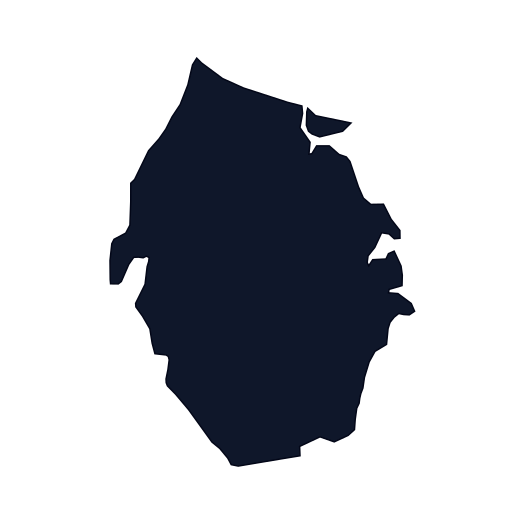 Sierra Leone, Equal Earth projection, rotated 171°
{"feature_id": "SLE", "entity_name": "Sierra Leone", "entity_type": "country or territory", "adm_level": 0, "iso_a3": "SLE", "parent_name": "Africa", "parent_adm1": "", "projection": "equal_earth", "projection_center": [-11.928, 8.452], "detail": "fine", "context": "isolated", "style": "filled", "palette": "ink", "viewbox_px": 512, "rotation_deg": 171, "n_neighbors": 0, "source": "natural_earth", "source_scale": "50m", "svg_char_len": 1666}
<svg xmlns="http://www.w3.org/2000/svg" viewBox="0 0 512 512"><g transform="rotate(171 256 256)"><path d="M404.0,251.3L403.7,255.4L400.9,274.4L396.5,290.7L393.6,294.7L381.1,299.0L375.7,306.2L371.2,329.3L368.3,347.5L363.9,350.6L345.6,376.8L333.5,386.8L325.2,395.4L317.2,406.5L307.2,417.4L296.5,435.7L288.8,454.7L283.6,460.7L279.7,455.3L261.3,436.5L242.1,423.9L200.9,402.9L187.2,397.0L187.7,389.5L192.5,375.9L184.8,359.9L187.8,348.3L184.8,348.3L178.9,355.3L166.4,353.3L158.1,343.3L151.3,339.7L148.4,334.6L144.0,308.3L140.9,296.4L134.6,289.0L122.0,287.2L116.8,271.1L109.9,258.7L111.0,251.0L116.7,251.4L121.2,257.0L128.3,259.3L137.3,245.9L145.3,238.6L147.2,232.2L146.2,228.7L141.3,234.1L128.1,232.7L124.8,237.6L118.8,239.2L114.3,223.4L114.5,214.1L116.4,203.9L129.8,202.2L130.9,198.9L121.7,196.7L110.1,184.8L108.0,176.6L113.8,173.9L119.3,175.1L124.0,176.9L129.2,173.9L134.0,169.5L136.9,163.7L140.9,148.3L153.4,143.2L160.8,133.7L167.9,119.1L171.1,108.8L174.0,103.7L175.8,99.2L177.2,94.4L180.3,89.9L183.6,79.0L185.9,69.1L193.1,64.4L207.8,60.2L221.1,67.4L242.7,61.1L243.8,51.8L263.6,51.7L286.9,51.5L306.4,51.3L313.1,53.8L315.5,60.8L321.9,71.6L328.6,79.1L336.9,95.6L346.6,114.8L357.1,132.2L363.8,141.6L364.5,144.9L364.1,148.6L360.8,157.4L358.0,167.0L358.3,170.5L360.2,172.3L371.1,175.3L372.2,186.0L372.2,200.7L377.5,214.4L382.6,224.5L382.3,228.1L370.0,245.4L365.2,262.5L362.8,267.4L361.8,271.2L364.3,273.0L367.7,271.9L372.4,273.3L377.0,273.8L383.0,267.6L393.0,251.9L396.4,250.0L404.0,251.3ZM183.3,390.4L181.8,393.8L175.3,385.3L141.4,372.5L150.9,365.7L174.5,363.7L181.5,367.7L184.6,371.0L185.8,377.3L183.3,390.4Z" fill="#0f172a" stroke="#020617" stroke-width="1.5"/></g></svg>